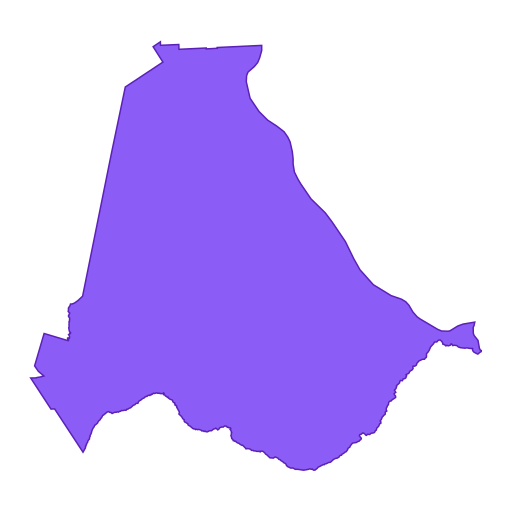 Rosario, Santa Fe, Argentina (Robinson projection)
{"feature_id": "61730980B23902943966550", "entity_name": "Rosario", "entity_type": "district", "adm_level": 2, "iso_a3": "ARG", "parent_name": "Argentina", "parent_adm1": "Santa Fe", "projection": "robinson", "projection_center": [-60.711, -33.096], "detail": "fine", "context": "isolated", "style": "filled", "palette": "violet", "viewbox_px": 512, "rotation_deg": 0, "n_neighbors": 0, "source": "geoboundaries", "source_scale": "gbopen_adm2", "svg_char_len": 6032}
<svg xmlns="http://www.w3.org/2000/svg" viewBox="0 0 512 512"><path d="M261.7,45.4L217.2,47.5L217.3,48.3L206.2,48.9L206.2,48.0L179.0,49.3L178.8,44.5L160.5,45.3L160.4,41.8L153.1,46.7L162.9,62.1L125.3,87.0L111.5,153.0L82.6,296.2L77.9,300.6L74.4,303.1L72.0,304.0L70.5,304.0L70.1,305.5L68.5,307.9L68.4,308.5L68.5,309.1L68.2,311.6L69.7,313.0L69.7,313.5L69.0,314.3L69.0,315.0L68.4,316.0L69.1,317.4L69.5,317.7L69.7,319.3L69.4,320.1L69.6,321.1L68.9,322.0L69.2,322.8L69.0,324.2L69.1,326.8L68.7,327.7L69.3,331.1L70.7,332.9L70.2,333.6L69.5,333.4L69.3,334.3L68.6,334.7L69.3,335.7L69.6,337.0L69.3,338.4L69.0,338.5L68.5,337.9L67.6,338.0L67.6,338.9L67.8,339.5L68.5,340.1L68.2,340.7L44.1,333.5L34.6,365.9L38.4,371.4L43.9,376.0L42.1,376.6L41.5,376.5L40.8,376.9L37.0,377.5L36.1,377.9L30.7,378.0L51.0,409.1L54.6,408.9L83.0,452.2L85.5,447.8L85.4,446.8L86.0,445.9L85.8,445.4L86.5,444.7L86.6,443.7L87.7,442.1L87.7,441.5L88.3,440.3L89.4,439.1L89.6,437.3L90.1,436.5L90.0,435.7L91.1,433.7L92.1,430.2L92.6,429.3L92.8,428.5L93.9,427.2L94.5,425.9L94.6,425.3L95.3,425.0L97.5,423.1L98.2,421.6L99.1,420.5L99.7,420.2L100.6,418.9L100.8,418.3L101.5,417.9L102.7,415.4L103.7,415.0L104.5,414.0L105.4,413.7L106.6,412.3L108.4,411.6L110.1,412.5L110.9,412.4L112.1,413.5L114.3,412.4L116.6,412.2L117.4,411.8L118.6,412.1L119.2,411.5L120.7,411.2L121.4,410.5L122.9,410.6L124.7,410.1L125.9,410.3L126.5,409.9L126.7,409.3L128.0,409.1L129.3,408.2L130.6,407.8L133.4,405.2L134.8,404.8L136.0,403.4L137.9,403.3L138.5,401.7L139.5,400.7L140.5,400.3L142.7,398.5L144.2,397.9L144.6,397.2L145.5,396.9L146.4,396.2L147.0,396.4L148.1,395.4L149.3,395.2L149.8,395.5L150.2,394.9L151.1,394.9L151.5,394.2L152.5,394.2L153.0,393.5L153.8,393.2L154.6,393.5L156.8,392.8L157.7,393.3L158.2,393.1L159.2,393.4L159.8,393.2L160.4,393.6L162.3,393.7L163.7,392.9L164.1,393.3L163.6,394.0L163.7,394.7L164.7,394.9L165.5,396.0L166.8,396.6L167.2,397.2L168.1,397.2L168.2,397.9L170.0,399.2L172.3,400.1L172.7,400.7L172.8,401.7L173.7,402.5L174.7,402.8L174.6,403.9L175.2,404.3L175.1,405.1L175.8,405.2L176.0,405.7L176.7,405.9L176.7,406.9L176.8,407.4L177.2,407.7L177.3,408.5L177.9,409.2L178.6,410.8L179.2,411.3L179.3,412.8L178.9,414.0L181.4,416.4L182.4,417.8L182.6,418.6L184.2,419.7L184.1,421.0L184.9,422.1L186.0,422.5L186.3,422.9L187.8,423.7L188.0,424.8L188.6,425.4L189.8,425.9L192.8,428.5L193.6,428.6L193.9,429.0L194.9,428.9L195.6,429.6L196.5,429.2L197.7,429.7L198.9,429.4L201.4,430.3L201.9,431.0L203.2,430.8L204.1,431.5L205.0,431.0L206.1,431.8L207.6,431.8L209.4,430.8L211.6,430.7L213.6,429.0L215.0,428.8L215.6,428.2L216.2,428.4L217.8,429.9L218.8,429.2L219.8,427.7L221.6,427.0L223.2,427.1L224.5,426.0L226.4,426.2L226.8,426.5L227.2,427.3L228.2,427.3L229.1,427.9L229.8,427.7L230.4,427.9L230.6,428.2L230.8,428.7L230.1,429.5L230.7,430.1L231.4,431.7L231.3,432.2L231.7,432.7L231.4,433.3L231.3,434.6L230.9,435.6L231.6,437.5L231.7,438.5L232.9,439.6L233.2,440.6L234.0,440.6L234.3,441.1L235.0,441.3L235.7,441.2L236.4,442.2L237.8,443.0L238.9,443.3L240.2,444.4L241.9,445.3L242.6,445.2L245.5,448.1L245.7,448.7L246.8,448.8L247.3,448.5L247.9,448.7L249.0,448.7L250.5,449.3L251.5,450.4L253.2,450.4L254.0,451.0L255.1,450.8L256.6,451.4L259.4,451.4L260.1,451.9L260.4,451.3L262.0,451.1L263.3,451.6L264.8,452.9L265.5,454.0L266.8,454.8L269.9,457.8L273.4,458.1L275.2,456.9L277.9,458.1L278.9,459.4L280.1,459.7L280.9,460.6L282.8,461.7L283.8,462.8L284.4,462.9L285.3,463.5L286.2,464.4L286.4,465.4L286.9,465.8L287.4,466.5L290.8,468.1L293.0,468.0L295.2,469.3L297.6,469.3L303.7,470.2L308.6,469.3L309.7,468.8L311.3,469.3L312.2,469.0L313.4,470.1L315.0,470.1L317.2,468.4L318.3,467.0L319.3,466.7L323.2,464.6L324.1,464.8L324.7,464.0L326.1,463.8L328.4,462.6L330.5,462.2L333.7,459.3L335.6,458.4L337.0,458.2L338.9,457.2L339.4,456.2L340.5,455.3L341.5,455.2L341.9,454.3L343.9,453.2L344.7,452.3L346.2,451.7L347.7,449.6L347.9,448.4L349.8,447.2L350.3,445.9L352.5,443.1L356.3,442.5L358.0,441.5L359.1,441.2L359.8,440.3L360.7,439.7L361.3,438.8L361.3,438.2L359.4,435.9L359.5,435.0L359.9,434.6L361.3,434.2L362.8,432.9L364.3,433.5L366.0,435.3L366.4,435.4L367.6,434.3L369.7,434.5L371.2,433.2L373.2,433.0L374.5,432.4L375.4,430.7L376.3,430.1L376.8,428.1L378.6,426.3L379.7,423.8L380.8,423.3L380.9,421.9L380.2,421.1L380.2,420.8L381.2,419.7L382.3,417.0L383.0,416.4L383.8,415.3L385.0,414.5L385.2,414.2L385.3,412.0L386.8,411.0L386.2,409.9L386.4,407.9L387.1,406.9L387.3,405.9L388.4,404.7L388.7,402.3L390.0,401.1L391.1,401.0L391.9,400.0L395.6,397.5L395.6,396.1L394.5,394.8L394.1,393.6L395.8,392.4L395.0,390.9L394.4,390.4L394.7,389.7L396.0,388.6L396.2,387.6L396.7,386.6L396.4,386.0L397.5,384.6L398.1,384.3L399.6,382.8L399.7,381.7L400.4,380.5L402.4,380.7L403.2,378.9L404.8,378.6L405.8,377.9L406.1,377.2L406.0,376.6L406.7,375.8L406.0,374.8L406.1,374.5L408.5,373.5L409.1,372.9L409.7,371.4L412.4,369.7L413.1,368.4L412.8,366.7L413.1,366.1L414.7,366.2L416.0,365.4L416.5,364.9L416.7,363.5L419.0,360.9L420.7,360.2L422.0,359.4L424.6,359.2L425.1,358.3L426.3,357.4L426.5,356.8L426.5,353.6L427.8,352.4L429.1,350.4L430.7,346.8L433.6,343.7L434.5,342.0L436.5,342.0L437.1,341.7L437.8,340.8L438.5,340.2L440.1,340.0L441.8,341.4L442.7,343.1L442.8,344.1L444.5,344.7L445.9,345.9L446.9,345.3L448.0,345.8L448.6,345.8L450.4,345.1L451.1,343.9L451.5,343.9L452.8,345.6L454.2,345.2L456.8,345.6L458.4,347.0L460.5,347.7L465.0,348.2L466.8,347.8L470.1,348.5L472.2,348.4L472.6,348.6L472.3,349.1L472.9,350.9L473.9,352.1L477.4,354.0L478.2,353.9L479.6,352.5L481.2,351.6L481.3,350.5L480.3,350.1L479.4,348.2L478.0,340.4L474.1,335.5L473.3,333.2L473.2,327.3L474.0,325.7L474.8,322.1L463.0,324.1L457.8,326.0L450.0,330.8L448.0,331.2L441.6,331.0L437.6,329.3L420.0,318.9L417.1,316.8L412.9,312.0L408.9,305.2L405.7,301.7L401.5,299.2L391.1,295.6L373.3,284.7L360.0,269.8L353.8,258.8L345.4,241.6L332.2,222.1L325.3,212.9L311.0,198.9L300.7,183.8L297.8,178.9L294.4,172.0L293.1,163.9L293.1,158.8L292.3,151.7L290.1,141.9L287.8,137.1L284.1,131.8L276.9,126.2L267.6,120.1L259.1,111.6L250.1,98.3L246.3,81.8L246.6,75.7L248.0,72.1L254.4,66.5L257.7,62.5L259.7,57.7L261.7,50.5L261.7,45.4Z" fill="#8b5cf6" stroke="#5b21b6" stroke-width="1.5"/></svg>